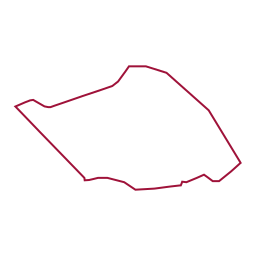 outline of Fond Cacoa, Soufrière, Saint Lucia
{"feature_id": "8701671B75049629719771", "entity_name": "Fond Cacoa", "entity_type": "district", "adm_level": 2, "iso_a3": "LCA", "parent_name": "Saint Lucia", "parent_adm1": "Soufrière", "projection": "equal_earth", "projection_center": [-61.051, 13.855], "detail": "fine", "context": "isolated", "style": "outline", "palette": "rose", "viewbox_px": 256, "rotation_deg": 0, "n_neighbors": 0, "source": "geoboundaries", "source_scale": "gbopen_adm2", "svg_char_len": 730}
<svg xmlns="http://www.w3.org/2000/svg" viewBox="0 0 256 256"><path d="M179.3,185.5L180.8,185.4L181.8,182.9L182.2,181.7L186.4,182.2L196.8,177.9L204.0,174.7L207.5,177.2L212.7,181.1L219.1,181.1L231.1,171.4L240.1,163.3L240.6,162.9L240.2,162.2L240.0,161.8L208.7,110.3L166.5,72.8L145.8,66.3L129.0,66.3L124.9,72.2L124.5,72.7L118.0,81.6L117.3,82.1L112.3,86.0L101.3,89.8L82.1,96.2L81.3,96.5L63.6,102.6L54.5,105.7L50.6,107.1L48.1,107.1L44.5,106.4L36.1,101.6L33.2,99.9L30.0,100.4L28.3,101.1L25.1,102.3L18.2,105.3L15.4,106.5L39.7,131.8L84.4,177.9L84.7,180.3L87.7,180.1L89.1,180.0L93.0,179.1L97.9,177.9L107.5,177.9L124.2,182.2L135.4,189.7L154.5,188.6L166.6,187.0L170.5,186.5L179.3,185.5Z" fill="none" stroke="#9f1239" stroke-width="2"/></svg>